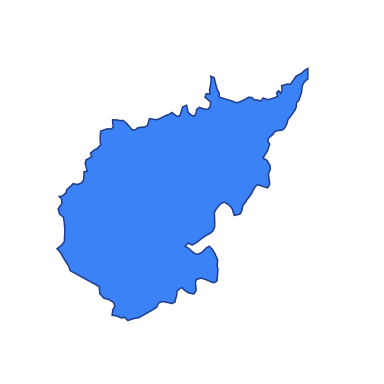 Nova Glória, Goiás, Brazil (orthographic projection), rotated 344°
{"feature_id": "56859067B657997990289", "entity_name": "Nova Glória", "entity_type": "district", "adm_level": 2, "iso_a3": "BRA", "parent_name": "Brazil", "parent_adm1": "Goiás", "projection": "orthographic", "projection_center": [-49.482, -15.08], "detail": "fine", "context": "isolated", "style": "filled", "palette": "blue", "viewbox_px": 384, "rotation_deg": 344, "n_neighbors": 0, "source": "geoboundaries", "source_scale": "gbopen_adm2", "svg_char_len": 2859}
<svg xmlns="http://www.w3.org/2000/svg" viewBox="0 0 384 384"><g transform="rotate(344 192 192)"><path d="M126.5,292.9L129.2,289.5L133.3,289.1L138.7,291.7L141.7,293.7L145.3,293.1L146.6,290.6L148.8,287.1L150.1,283.3L153.2,281.5L156.1,281.3L157.3,283.8L160.5,287.8L165.6,290.6L168.8,287.8L169.7,283.9L170.3,280.1L171.9,277.4L176.9,277.2L180.4,279.5L183.9,282.1L186.1,284.2L188.5,285.3L191.6,284.3L193.4,279.5L195.6,273.3L195.9,269.9L197.9,264.4L197.1,257.9L195.6,252.4L193.6,248.9L190.3,249.7L185.0,252.7L181.5,253.3L178.7,252.9L176.6,250.4L174.8,248.0L173.3,245.3L170.4,242.4L174.1,239.9L177.5,243.0L182.3,241.9L187.9,239.6L193.4,237.7L198.2,236.7L201.6,235.0L204.2,231.8L205.8,226.2L207.8,218.0L209.9,215.7L212.2,213.9L214.5,212.3L217.3,210.9L220.6,210.9L224.6,215.6L225.9,219.0L226.2,226.2L232.0,226.5L234.7,223.8L237.0,219.2L239.8,217.2L243.0,214.4L246.8,211.6L249.2,209.5L251.6,206.8L254.4,204.2L257.2,203.1L260.6,205.4L265.8,208.9L268.9,205.9L270.4,195.6L273.6,191.7L274.3,188.1L272.7,182.1L269.7,179.1L271.6,177.0L273.7,175.3L276.5,172.5L279.8,167.5L279.0,163.9L280.5,161.2L285.5,159.0L288.3,156.7L291.9,156.7L296.1,157.4L298.9,155.9L302.0,152.5L304.4,148.6L307.0,146.9L310.9,143.8L313.9,141.4L315.8,138.7L316.9,135.3L320.2,133.2L322.4,129.8L324.7,126.5L327.4,120.0L330.8,116.8L334.5,115.2L337.4,105.2L333.7,106.1L330.0,108.1L324.2,109.2L316.2,115.6L313.6,114.5L307.5,114.5L306.6,119.0L304.4,121.6L303.2,118.5L300.6,120.1L300.7,123.7L296.7,124.2L290.5,124.2L286.2,121.2L283.2,123.6L279.8,121.3L277.1,120.7L275.9,117.8L272.4,116.4L269.1,117.5L264.1,118.3L261.2,118.7L258.5,118.0L256.2,116.0L244.2,108.3L245.4,104.9L244.5,99.9L244.5,94.9L244.8,88.3L241.9,85.9L241.4,89.4L238.6,95.8L237.0,98.5L236.2,102.8L232.7,101.4L230.6,104.5L234.8,110.7L233.0,114.8L230.2,117.0L225.8,115.2L222.5,112.6L219.3,113.9L217.3,117.8L214.8,119.9L212.2,117.4L210.2,114.4L210.7,107.1L206.5,107.6L201.3,115.4L198.4,115.2L194.6,110.0L191.6,111.0L188.3,111.2L184.9,111.8L181.2,112.6L177.4,112.6L173.9,111.0L171.3,109.7L167.8,115.4L164.3,116.6L161.1,115.7L157.2,115.4L154.3,116.9L151.5,115.4L148.1,108.0L145.4,104.1L142.5,103.6L140.1,102.2L135.6,100.7L134.7,104.3L134.4,107.5L131.9,109.3L128.6,108.0L125.2,108.0L120.9,108.3L118.3,115.5L117.1,121.6L112.4,124.2L109.2,124.8L105.0,126.8L105.6,130.1L101.7,131.4L99.1,131.9L97.2,135.1L97.1,139.9L96.9,143.3L93.8,142.7L92.8,146.2L90.8,151.1L87.0,153.2L83.3,153.0L80.1,151.2L76.3,153.3L72.2,155.3L70.8,157.9L66.1,160.1L63.1,159.7L64.7,162.7L63.7,167.3L58.7,171.2L58.6,176.7L61.5,180.8L60.8,185.9L59.3,193.4L55.6,204.5L52.0,207.1L46.6,209.3L48.9,214.0L50.1,219.4L53.2,230.2L53.2,234.0L76.7,257.3L75.3,264.4L78.0,269.8L82.8,272.7L86.1,276.6L86.4,280.5L83.3,283.5L81.2,288.6L84.7,289.9L89.4,293.6L92.8,293.9L94.8,297.9L100.8,297.6L103.6,297.9L106.4,298.1L121.8,294.4L126.5,292.9Z" fill="#3b82f6" stroke="#1e3a8a" stroke-width="1.5"/></g></svg>